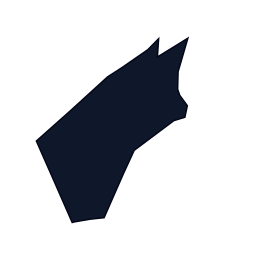 Dobong-gu, Seoul, South Korea, rotated 229°
{"feature_id": "91817680B55050579859044", "entity_name": "Dobong-gu", "entity_type": "district", "adm_level": 2, "iso_a3": "KOR", "parent_name": "South Korea", "parent_adm1": "Seoul", "projection": "albers", "projection_center": [127.034, 37.654], "detail": "fine", "context": "isolated", "style": "filled", "palette": "ink", "viewbox_px": 256, "rotation_deg": 229, "n_neighbors": 0, "source": "geoboundaries", "source_scale": "gbopen_adm2", "svg_char_len": 419}
<svg xmlns="http://www.w3.org/2000/svg" viewBox="0 0 256 256"><g transform="rotate(229 128 128)"><path d="M76.0,51.1L96.5,94.5L107.1,118.0L103.5,167.4L98.8,178.0L105.9,187.4L118.8,188.5L124.7,190.9L137.6,202.7L156.5,232.1L162.3,196.8L175.3,209.7L174.1,194.4L177.6,162.7L180.0,146.2L178.8,95.6L178.3,50.3L143.3,39.5L93.3,23.9L92.2,26.1L84.1,39.5L76.0,51.1Z" fill="#0f172a" stroke="#020617" stroke-width="1.5"/></g></svg>